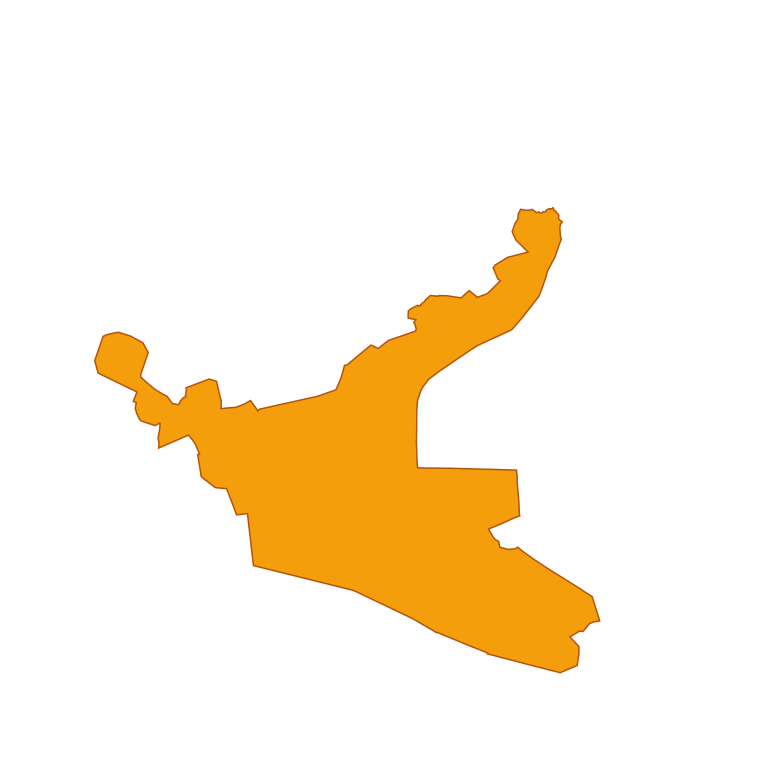 Sana'a City Outskirts -Sanhan wa Bani Bahlul, Sana'a, Yemen, rotated 109°
{"feature_id": "15242507B78273733164190", "entity_name": "Sana'a City Outskirts -Sanhan wa Bani Bahlul", "entity_type": "district", "adm_level": 2, "iso_a3": "YEM", "parent_name": "Yemen", "parent_adm1": "Sana'a", "projection": "natural_earth1", "projection_center": [44.226, 15.268], "detail": "fine", "context": "isolated", "style": "filled", "palette": "amber", "viewbox_px": 768, "rotation_deg": 109, "n_neighbors": 0, "source": "geoboundaries", "source_scale": "gbopen_adm2", "svg_char_len": 5667}
<svg xmlns="http://www.w3.org/2000/svg" viewBox="0 0 768 768"><g transform="rotate(109 384 384)"><path d="M170.2,299.9L172.5,303.5L173.7,307.1L174.3,311.6L179.1,312.4L181.4,311.9L185.0,311.1L189.2,312.4L198.3,312.4L204.9,306.2L212.4,290.7L224.0,308.4L230.2,313.4L235.1,317.5L238.6,318.6L242.6,315.0L247.6,310.6L248.4,307.6L262.5,314.5L265.1,315.9L271.9,324.3L271.3,324.7L268.0,333.9L277.5,339.2L280.1,353.5L282.6,361.1L283.3,361.2L285.3,369.1L289.4,371.3L290.9,372.1L293.3,372.6L295.2,374.4L296.6,374.4L297.0,375.1L298.4,375.5L298.9,378.2L301.0,380.1L304.0,383.0L307.0,384.8L308.5,384.3L310.4,383.8L313.8,382.6L312.8,374.9L313.3,375.0L316.2,375.9L317.0,374.6L317.6,373.9L318.3,373.7L319.9,372.6L320.4,372.1L321.7,371.5L322.1,371.5L322.7,371.4L323.6,371.3L333.6,384.0L341.3,393.9L352.4,401.2L352.1,403.0L351.4,409.0L378.2,425.3L379.1,427.4L386.8,426.9L393.5,426.6L405.2,427.6L413.0,437.5L418.4,444.3L418.4,444.7L443.6,485.8L448.4,493.6L450.7,494.4L449.4,495.9L443.1,504.8L445.5,507.0L447.8,509.0L448.0,509.1L450.7,512.1L452.6,514.4L454.0,516.2L454.3,516.6L457.2,523.2L460.3,530.1L455.9,531.4L452.4,532.5L452.5,532.9L450.1,534.4L444.2,538.1L443.2,538.8L436.0,543.2L436.0,545.6L436.2,550.9L443.2,559.3L452.0,569.9L454.3,568.9L454.7,568.8L457.6,568.2L459.6,568.1L460.3,567.3L461.7,568.2L462.1,569.2L466.4,571.0L468.9,571.0L470.7,572.1L471.0,576.3L471.5,577.5L466.2,585.3L465.4,591.2L465.2,591.9L463.4,599.5L460.8,606.4L456.7,616.1L454.0,617.1L453.2,617.1L430.9,617.2L429.2,619.2L423.5,625.5L421.2,639.7L421.4,645.7L421.6,652.2L427.2,661.6L430.4,665.1L443.2,665.1L456.2,665.1L466.8,657.8L468.7,641.8L471.1,622.0L471.9,615.8L472.0,615.0L482.1,615.4L482.3,612.0L483.9,612.0L488.0,611.3L492.1,608.4L496.7,603.9L497.9,602.1L498.0,599.4L498.0,596.4L497.8,586.8L494.0,583.4L494.1,583.0L499.5,581.4L509.0,580.0L512.6,577.7L517.9,576.2L506.8,564.1L505.1,562.2L503.0,559.9L495.9,552.1L497.6,549.6L497.9,549.1L499.4,546.6L500.2,545.4L502.4,542.7L503.0,542.2L504.6,540.8L510.4,535.5L511.3,537.2L521.4,531.8L529.1,527.7L531.2,526.5L532.9,521.5L533.2,520.6L533.6,519.5L535.0,515.5L535.2,514.7L535.8,512.9L536.8,510.2L536.8,509.9L536.5,508.0L536.1,506.5L534.2,498.7L535.1,498.0L539.3,494.4L539.9,494.0L547.4,487.6L555.7,480.8L551.0,470.9L561.3,466.0L592.6,451.0L598.2,448.2L589.1,345.8L596.5,280.6L601.9,253.7L601.6,253.7L602.8,231.8L603.4,223.4L604.6,198.5L605.5,198.5L605.3,196.1L602.5,159.0L599.6,123.4L594.3,117.6L587.3,109.7L576.1,111.8L574.3,112.3L568.8,114.2L562.5,125.9L554.0,118.6L553.3,115.3L551.7,114.7L543.7,111.7L540.5,108.1L537.9,102.9L536.7,103.7L526.2,111.4L517.6,117.7L517.3,117.9L515.0,127.2L513.8,131.6L513.4,133.4L513.1,134.8L510.6,145.1L509.7,149.3L507.6,158.5L506.6,163.0L504.6,171.3L501.7,182.4L501.3,184.1L500.8,185.9L498.1,195.0L497.9,195.6L497.7,196.2L497.3,197.7L497.1,198.2L496.8,199.0L496.1,201.1L494.8,204.5L495.1,204.8L497.0,206.1L498.0,208.3L499.1,210.8L499.7,212.1L500.0,212.6L500.6,221.2L495.6,224.3L494.8,227.9L494.2,229.1L493.6,230.4L493.2,230.9L491.6,232.7L491.2,233.1L490.1,234.4L489.1,235.7L487.0,238.0L485.7,236.4L480.2,230.1L479.3,229.0L478.8,228.4L477.6,227.1L477.3,226.9L472.9,222.2L468.3,217.4L468.1,217.2L467.6,216.6L467.1,215.9L466.5,215.2L464.5,212.7L462.5,213.8L459.6,215.0L457.1,215.9L451.9,218.0L450.6,218.5L449.6,219.0L449.1,219.2L445.9,220.6L443.7,221.5L441.6,222.4L440.8,222.9L438.9,223.7L436.8,224.7L436.5,224.9L434.8,225.5L431.8,226.8L429.7,227.4L426.6,228.6L425.0,229.5L422.6,230.6L422.3,230.7L422.6,231.6L423.9,235.8L424.2,236.8L425.4,240.7L427.6,247.8L428.3,250.1L430.8,258.0L431.1,258.7L432.6,263.6L433.1,265.2L433.8,267.3L434.9,270.8L436.4,275.7L436.5,276.1L439.7,286.3L440.8,289.6L441.1,290.7L441.9,293.2L443.5,298.0L444.9,302.4L445.6,304.5L447.3,309.5L447.4,309.9L448.6,313.3L449.6,316.3L450.4,319.0L451.9,323.4L452.1,325.1L445.2,328.0L443.2,328.8L438.8,330.4L436.8,331.2L434.5,332.1L431.4,333.3L428.7,334.4L426.1,335.2L423.0,336.2L414.5,338.9L413.7,339.2L411.1,340.1L408.7,340.9L405.5,342.0L404.6,342.3L402.5,343.0L399.9,343.9L399.3,344.2L398.1,344.5L396.7,344.8L394.9,345.3L392.6,345.9L388.8,346.9L387.9,346.9L383.7,347.0L381.4,347.0L379.6,347.0L379.1,347.0L376.9,346.7L373.7,346.2L370.9,345.2L367.3,344.1L365.5,343.5L364.1,342.7L355.2,336.7L354.2,336.1L348.1,331.5L346.1,330.0L339.2,324.9L334.8,321.6L333.2,320.4L331.4,319.1L330.2,318.1L323.3,313.0L321.4,311.5L318.3,309.0L318.1,308.9L317.5,308.4L311.0,301.7L310.6,301.2L305.8,296.2L305.2,295.6L300.9,291.0L293.5,283.4L292.0,281.7L291.0,281.1L289.6,280.2L284.7,278.3L281.1,276.8L276.2,274.9L275.6,274.7L274.1,274.1L273.2,273.9L261.2,269.6L259.2,269.0L255.6,267.8L251.0,266.2L250.5,266.1L246.7,265.9L245.4,265.8L243.5,265.8L239.3,265.7L233.2,265.7L232.5,265.7L230.7,265.7L229.4,265.7L228.2,265.8L227.9,265.9L226.0,266.1L224.5,266.2L217.2,265.1L209.8,264.0L209.5,263.9L208.8,263.8L208.3,263.8L205.5,263.7L204.6,263.7L196.7,263.7L195.5,263.7L194.3,263.7L192.1,263.6L189.0,263.5L188.8,263.8L188.3,264.6L183.3,266.8L179.2,268.6L178.3,268.7L176.4,269.1L174.0,268.6L172.9,268.2L172.2,268.7L172.2,269.0L172.2,269.9L172.2,270.5L172.0,270.8L171.3,271.9L171.2,272.2L170.7,273.0L168.0,273.4L167.7,273.7L167.2,274.2L166.7,274.8L166.5,275.0L166.1,276.1L165.9,276.4L164.8,277.6L164.6,278.1L164.7,279.7L164.4,280.1L163.2,280.5L162.6,280.8L162.5,281.2L162.5,281.5L162.5,281.9L162.7,282.0L163.4,282.2L163.8,282.5L164.3,284.2L165.0,285.5L166.8,287.1L167.1,287.4L167.7,287.1L168.2,287.2L168.6,287.5L168.9,287.9L169.1,289.4L169.3,289.7L169.5,289.8L170.3,290.1L170.6,290.3L171.1,290.6L171.2,291.0L171.5,291.9L170.9,293.5L171.0,294.2L171.8,294.6L172.2,295.4L172.3,295.6L171.8,297.3L171.5,297.7L171.6,298.2L170.8,300.3L170.2,299.9Z" fill="#f59e0b" stroke="#b45309" stroke-width="1.5"/></g></svg>